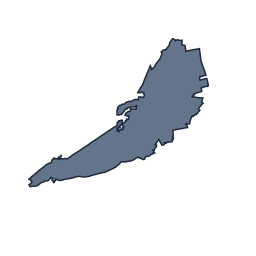 outline of Cotnari, Iasi, Romania, rotated 308°
{"feature_id": "2599482B18683824737313", "entity_name": "Cotnari", "entity_type": "district", "adm_level": 2, "iso_a3": "ROU", "parent_name": "Romania", "parent_adm1": "Iasi", "projection": "natural_earth1", "projection_center": [26.928, 47.355], "detail": "fine", "context": "isolated", "style": "filled", "palette": "slate", "viewbox_px": 256, "rotation_deg": 308, "n_neighbors": 0, "source": "geoboundaries", "source_scale": "gbopen_adm2", "svg_char_len": 5876}
<svg xmlns="http://www.w3.org/2000/svg" viewBox="0 0 256 256"><g transform="rotate(308 128 128)"><path d="M65.3,92.4L65.3,92.2L64.6,92.5L64.3,92.4L63.0,91.6L61.3,91.2L60.5,91.7L59.3,89.9L58.4,89.2L59.1,88.6L59.1,88.4L58.5,88.2L57.1,88.0L56.6,87.8L56.2,88.0L56.1,87.9L55.6,88.2L55.1,88.1L54.8,88.4L54.6,88.4L54.0,88.7L53.0,88.5L52.8,88.3L52.4,88.3L52.2,87.9L51.7,87.5L51.0,87.5L50.2,86.8L49.5,86.3L47.1,85.9L40.7,84.3L36.0,83.3L35.6,83.6L35.4,83.3L35.1,83.2L32.1,82.6L31.4,82.2L31.0,82.3L30.0,82.0L29.3,82.2L29.0,81.9L27.3,81.6L26.7,81.3L26.6,81.6L27.0,82.3L27.2,83.0L26.8,83.5L26.6,84.2L26.5,84.6L26.7,85.1L26.5,85.3L25.5,85.7L24.9,85.7L22.3,84.9L21.5,86.7L22.3,87.7L22.9,88.2L24.4,89.7L24.7,90.3L26.2,91.7L26.9,92.0L27.3,92.0L28.1,92.5L31.1,93.1L33.6,94.6L34.1,95.0L35.2,95.4L36.3,96.4L36.4,96.7L37.4,97.5L40.5,97.8L41.1,97.7L41.8,97.9L41.9,99.2L41.8,99.6L41.1,99.5L40.5,100.0L40.1,100.4L40.2,100.8L40.1,101.1L40.2,101.8L39.4,102.4L39.6,102.7L39.3,103.0L39.5,103.3L41.4,103.0L42.2,103.1L43.4,102.5L43.7,104.4L44.1,105.1L44.2,105.9L44.7,106.7L45.6,107.6L47.3,108.9L48.2,109.2L49.0,110.3L51.1,111.9L51.6,112.6L52.3,113.3L52.7,113.5L56.3,116.4L57.0,116.6L59.7,119.0L60.8,120.9L61.2,122.0L63.9,125.3L64.8,126.0L66.1,127.3L68.6,128.8L78.8,136.8L79.4,137.4L89.6,142.5L92.1,142.8L94.6,143.5L95.2,143.5L96.0,143.2L96.7,143.3L97.4,144.1L98.1,144.5L98.3,144.9L98.3,145.2L99.7,146.9L100.4,147.4L101.7,148.7L102.8,149.4L103.1,150.0L104.1,150.8L105.1,151.3L106.2,152.0L109.2,152.9L110.7,153.6L111.1,153.7L111.0,154.2L111.5,155.1L111.4,155.4L112.2,157.9L112.2,158.4L112.8,159.8L113.0,160.0L113.4,160.2L116.4,159.6L118.0,161.3L118.3,161.4L120.3,162.4L121.2,162.2L121.6,162.7L124.7,164.4L124.4,163.0L126.2,162.6L125.8,161.1L126.0,161.1L126.3,162.2L127.6,161.9L128.6,161.9L129.9,161.6L130.5,161.9L131.0,161.6L131.7,161.5L132.1,161.1L131.5,159.5L133.5,159.6L137.9,159.3L138.0,159.4L136.3,163.0L135.9,164.2L135.9,164.6L135.7,165.0L135.4,165.2L136.4,166.3L137.2,166.5L137.5,166.5L138.8,165.7L139.0,166.0L138.9,166.7L139.1,167.2L139.8,167.5L140.4,167.0L144.3,171.2L146.3,170.1L146.5,170.6L146.9,170.3L147.0,170.4L148.2,169.9L148.0,169.6L148.6,168.4L148.9,168.8L150.4,167.8L153.8,165.0L155.4,166.0L159.5,169.7L162.0,171.9L162.8,172.5L165.1,174.7L165.7,174.0L166.0,173.4L166.3,171.1L167.2,171.1L166.8,172.3L167.9,172.5L169.1,174.0L172.2,172.5L174.3,171.7L176.1,171.2L176.9,171.3L177.3,171.5L177.3,172.2L180.3,172.5L180.3,173.4L184.0,173.6L186.2,173.7L186.3,171.9L186.8,171.6L191.1,171.6L193.8,172.0L193.7,170.3L197.7,168.5L195.8,165.7L192.0,159.3L192.3,159.1L193.0,159.7L193.9,160.0L194.7,159.6L194.5,158.9L195.2,158.8L196.5,160.0L196.9,160.1L197.2,160.1L198.3,160.6L199.0,161.5L200.0,162.0L200.7,162.7L202.3,163.5L204.5,161.0L204.8,161.4L205.3,161.4L205.9,161.6L206.2,162.0L207.2,162.2L207.5,163.0L208.6,163.6L209.3,164.7L209.7,164.8L210.3,165.3L210.6,165.3L211.0,164.9L211.4,164.7L213.0,162.7L213.3,162.5L215.5,159.6L215.4,159.4L215.1,159.0L210.0,155.3L210.0,155.0L210.2,154.6L210.4,154.6L211.0,154.0L211.4,153.9L212.1,153.4L212.2,153.1L212.9,152.8L213.2,153.6L213.9,154.0L214.4,154.6L215.2,155.2L215.7,155.3L216.9,156.2L217.2,156.7L217.5,156.9L219.2,154.7L225.6,144.5L234.5,135.4L224.1,126.2L224.9,125.7L225.2,125.2L227.1,123.3L227.6,122.5L228.2,122.0L227.0,120.1L226.7,119.1L230.4,116.6L229.7,115.9L229.2,115.2L228.9,115.0L228.7,114.6L228.7,114.0L228.3,113.1L227.8,112.6L227.1,112.2L226.8,111.4L226.6,111.3L226.1,111.5L226.1,110.7L226.3,109.9L226.3,109.1L225.8,108.3L225.5,108.1L225.1,108.0L224.3,108.3L221.2,108.3L218.2,109.6L213.7,109.5L212.5,109.3L212.1,108.7L211.1,107.7L210.2,107.8L208.3,107.3L208.2,108.1L208.1,108.4L207.1,109.1L206.8,109.4L206.0,109.7L205.6,109.6L205.4,109.7L202.8,110.5L199.7,110.6L195.1,110.5L193.5,111.2L188.6,110.6L189.1,109.8L190.3,108.2L190.8,107.2L186.1,108.6L183.2,109.3L177.2,111.0L176.8,111.0L175.3,111.6L170.8,112.9L167.3,113.0L164.6,113.6L163.0,113.6L161.9,114.0L162.5,114.4L162.7,115.4L163.9,116.2L165.1,116.5L165.1,117.6L165.1,118.0L164.9,118.2L165.4,118.7L165.4,119.0L164.4,119.7L164.2,120.5L161.8,121.5L159.3,117.4L156.4,118.6L156.3,117.9L155.9,117.3L155.3,116.8L155.0,116.1L153.6,115.2L151.6,114.7L150.9,114.0L151.0,113.9L150.3,113.4L149.5,112.2L149.2,112.2L147.1,110.7L146.6,110.5L145.4,110.6L144.5,110.3L144.0,109.9L143.3,108.8L141.3,108.3L141.0,107.7L139.8,107.3L137.7,107.2L137.5,107.9L136.3,108.4L136.2,108.2L135.3,108.3L133.8,109.5L133.2,109.9L131.8,111.2L131.6,111.4L132.6,112.7L134.7,114.3L134.8,114.5L141.2,114.6L141.6,114.7L142.2,115.5L143.6,115.1L145.0,116.5L145.6,117.4L146.1,117.1L146.7,117.7L149.6,121.3L150.5,120.6L150.9,121.0L147.8,122.9L145.3,119.2L144.5,118.3L142.3,119.5L141.5,118.5L140.1,117.6L139.4,117.4L139.1,117.5L138.5,117.3L137.4,117.3L136.4,117.7L136.5,117.8L137.0,117.8L136.5,118.3L136.5,118.8L136.9,119.6L137.0,120.2L138.1,121.2L134.8,123.0L134.4,122.4L134.2,121.5L133.1,121.9L132.1,121.6L129.5,121.9L128.7,120.7L128.3,120.7L127.5,121.0L127.1,121.5L126.8,122.4L126.7,123.1L126.4,123.2L126.4,123.7L125.3,123.5L124.9,123.6L125.0,124.4L123.6,124.6L123.4,124.4L122.8,124.3L122.3,123.5L122.8,123.1L122.4,122.9L122.0,122.9L121.5,122.8L121.3,122.5L120.9,122.5L120.3,122.7L119.8,123.3L119.0,121.9L118.9,121.6L119.2,121.3L119.4,121.4L119.3,121.0L121.1,120.8L120.9,119.7L121.2,119.4L121.4,119.4L121.8,120.1L122.2,120.0L122.7,121.0L123.7,121.4L123.8,121.1L123.0,120.9L123.2,120.5L123.9,120.5L124.2,120.0L125.4,120.1L125.4,120.5L125.8,120.6L125.8,120.8L128.9,119.8L129.7,119.1L130.5,119.0L130.5,118.7L130.1,118.0L129.5,117.7L128.5,116.9L128.1,116.3L126.5,117.0L126.1,116.1L125.1,116.4L124.6,117.0L123.4,117.7L108.8,112.9L106.6,112.1L99.9,110.1L95.3,108.4L90.2,107.0L85.8,105.4L80.4,103.8L78.9,103.2L78.5,103.1L75.6,102.1L73.6,101.3L66.3,99.2L66.1,99.0L66.1,98.5L65.8,97.8L64.9,96.9L63.4,95.8L63.2,94.9L62.6,94.3L61.0,93.2L61.4,92.5L61.9,92.6L63.0,92.4L64.2,92.9L65.3,92.4Z" fill="#64748b" stroke="#1e293b" stroke-width="1.5"/></g></svg>